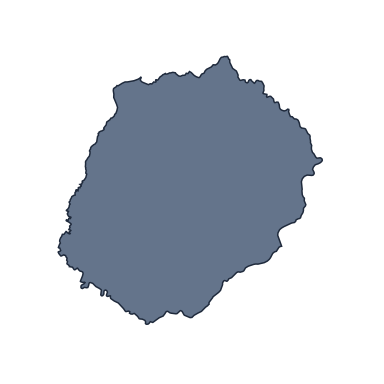 Taminango, Nariño, Colombia (Albers equal-area conic projection), rotated 199°
{"feature_id": "7082276B60716782034360", "entity_name": "Taminango", "entity_type": "district", "adm_level": 2, "iso_a3": "COL", "parent_name": "Colombia", "parent_adm1": "Nariño", "projection": "albers", "projection_center": [-77.317, 1.591], "detail": "fine", "context": "isolated", "style": "filled", "palette": "slate", "viewbox_px": 384, "rotation_deg": 199, "n_neighbors": 0, "source": "geoboundaries", "source_scale": "gbopen_adm2", "svg_char_len": 5957}
<svg xmlns="http://www.w3.org/2000/svg" viewBox="0 0 384 384"><g transform="rotate(199 192 192)"><path d="M190.4,52.9L189.8,53.9L189.2,55.8L186.6,55.9L182.0,62.5L178.9,65.3L178.0,68.1L177.6,70.1L176.7,71.1L175.4,71.2L174.0,70.6L172.4,70.6L167.5,71.6L166.5,72.2L164.5,75.9L164.0,76.2L162.5,75.9L159.5,73.2L158.9,73.0L152.9,72.6L151.2,73.4L149.9,76.1L147.0,79.4L144.2,82.2L141.7,87.5L140.1,89.7L139.8,90.7L139.3,91.5L139.8,92.5L139.9,93.2L138.1,98.8L138.0,99.8L134.1,105.8L133.0,108.3L132.9,114.2L133.5,116.1L133.1,118.2L132.2,119.0L130.3,118.9L129.7,119.2L129.2,120.3L129.0,121.8L126.7,123.9L123.5,130.5L122.4,131.5L120.3,131.9L118.1,133.4L117.3,134.5L116.7,137.7L114.6,140.2L109.9,143.8L108.2,144.7L106.1,145.3L100.7,148.7L98.3,151.2L97.0,153.5L96.4,155.4L95.7,160.2L94.5,162.2L92.9,163.4L91.8,168.0L91.0,169.0L89.6,169.9L96.9,179.0L97.4,181.4L96.9,184.9L95.6,187.1L93.8,189.2L87.7,195.1L85.1,196.6L84.4,198.3L84.6,199.2L84.1,200.0L82.9,201.2L81.6,202.0L81.0,203.0L81.1,205.4L80.4,208.6L80.6,210.8L81.1,212.2L81.2,213.2L80.2,215.8L80.3,217.2L83.0,220.2L83.7,222.7L85.4,223.7L86.9,225.4L88.5,229.1L88.7,230.4L91.9,237.3L92.0,240.4L90.9,243.3L89.1,245.1L88.3,245.6L84.0,246.7L82.9,247.5L82.5,248.8L82.6,249.7L83.4,250.8L85.4,252.7L85.3,255.3L84.3,257.9L81.8,259.8L80.2,261.5L79.3,263.1L79.1,264.3L79.7,265.5L81.1,266.1L81.9,266.1L84.5,264.8L85.2,264.7L86.5,265.4L89.2,267.8L91.0,268.7L93.0,271.3L93.7,273.4L94.0,275.0L96.0,277.1L96.5,278.8L98.0,281.4L98.5,283.2L99.2,284.1L101.5,285.0L105.1,288.5L106.1,288.7L109.3,288.2L110.7,288.8L111.3,289.3L113.1,292.3L114.7,294.1L115.7,294.7L117.4,294.9L119.0,294.4L121.7,295.8L123.5,295.4L125.1,297.1L126.8,299.4L127.0,300.9L127.4,301.6L128.5,301.5L129.6,299.8L131.3,298.6L133.9,298.6L135.3,299.0L136.5,300.0L138.0,303.0L139.7,304.9L141.0,304.7L142.6,303.5L143.2,303.5L144.1,304.4L145.2,306.4L148.7,308.1L149.7,307.8L151.9,306.0L152.6,306.6L152.7,308.2L153.0,308.7L155.7,308.3L156.8,308.3L157.1,308.7L157.1,311.6L157.8,313.1L158.4,315.8L160.4,317.9L162.2,319.3L164.6,318.7L165.8,319.0L167.0,318.6L167.5,317.9L168.0,315.8L168.5,315.1L172.3,316.7L172.8,317.4L173.1,317.4L174.0,317.0L174.6,316.0L174.7,313.9L175.5,313.1L177.2,313.3L178.4,315.1L180.2,314.8L182.4,313.3L183.1,313.3L186.0,315.6L186.5,317.6L189.4,320.8L193.8,322.1L198.5,326.9L199.3,329.2L199.7,329.5L200.5,329.6L202.1,331.4L203.0,331.8L203.7,331.1L205.7,330.6L206.3,329.9L208.1,328.9L208.8,327.1L209.2,323.7L209.7,321.7L211.1,319.8L213.4,319.2L214.4,316.6L218.2,312.7L219.1,310.6L219.2,308.8L219.5,308.1L221.1,306.8L221.6,305.4L221.8,303.7L222.5,302.5L223.4,302.3L225.6,302.4L227.9,302.9L231.6,304.7L233.6,305.1L234.4,302.6L236.1,302.4L236.5,300.5L237.4,299.8L238.7,299.4L240.7,297.6L242.5,297.4L245.7,298.6L246.5,299.3L249.1,298.9L251.2,297.5L252.0,297.3L253.2,296.0L254.5,295.2L255.2,295.0L255.8,295.4L256.8,294.2L257.7,293.5L258.4,292.1L259.7,290.4L260.6,287.1L261.0,286.6L262.4,286.5L262.8,286.2L262.8,285.8L262.1,285.1L262.0,284.3L262.6,283.8L264.0,283.6L265.1,281.1L266.7,280.8L268.2,279.3L274.9,279.7L277.1,280.7L277.4,281.5L277.3,283.5L277.4,283.8L277.8,283.9L278.5,282.5L279.7,281.1L283.1,278.3L289.0,275.0L291.1,274.3L293.4,272.1L296.4,268.4L297.6,268.2L297.9,266.9L299.7,264.5L299.8,263.8L299.4,262.1L297.7,259.0L296.8,255.9L291.9,250.4L289.9,247.7L289.5,244.5L289.6,241.5L290.3,240.4L290.3,238.4L290.8,237.4L291.7,236.0L292.7,235.5L293.2,233.5L295.4,230.4L295.0,227.5L296.2,224.1L296.1,223.3L295.6,223.0L295.6,222.2L297.0,220.5L298.2,219.7L299.4,218.3L299.2,217.6L299.8,216.8L298.9,215.2L299.4,213.8L298.4,208.3L299.4,205.6L300.3,204.8L301.9,202.2L302.2,200.6L301.9,199.5L302.3,198.3L302.3,197.4L301.6,197.0L301.0,195.2L300.7,192.6L301.7,189.9L301.9,188.3L302.4,187.2L302.5,185.8L301.8,184.1L301.0,181.0L300.3,180.3L300.1,179.2L299.1,178.0L298.6,175.3L297.4,174.7L297.1,171.0L297.9,168.1L299.3,166.6L299.3,166.3L298.6,165.7L298.9,165.0L298.9,163.6L300.4,162.7L298.9,162.1L298.7,161.5L299.5,160.5L299.3,159.6L300.8,159.3L300.9,158.7L300.3,157.6L300.6,157.1L300.1,156.1L300.7,155.9L301.5,156.6L302.2,156.4L302.3,155.2L301.8,154.7L302.3,153.9L302.4,153.1L301.5,151.1L302.5,150.5L304.1,148.6L304.2,146.4L304.6,145.3L304.3,143.7L304.9,142.7L304.7,142.1L303.3,140.9L303.7,139.6L303.4,138.5L303.4,137.2L303.8,135.6L304.8,133.8L304.7,133.5L304.2,133.4L302.5,133.5L302.6,133.0L302.9,132.9L302.5,132.0L302.8,130.7L301.3,129.2L300.6,128.8L298.4,128.8L298.2,128.6L298.4,127.3L299.5,127.3L299.9,127.0L299.8,125.1L300.1,124.9L301.4,125.0L301.7,124.6L301.7,124.1L301.3,123.8L298.9,123.5L296.1,122.6L295.7,121.9L296.6,120.0L296.4,119.4L295.8,118.8L296.2,116.3L294.4,116.4L294.0,116.1L295.2,114.0L294.9,113.6L293.7,113.2L293.9,112.6L294.7,112.5L296.5,112.9L297.8,113.7L298.2,113.7L299.2,110.5L299.6,110.1L300.8,109.8L300.8,107.5L301.3,105.9L301.4,103.8L301.2,102.5L299.8,100.8L300.2,99.7L300.3,96.0L300.0,95.8L298.7,95.9L297.1,93.9L297.4,93.1L298.9,92.0L298.9,91.5L297.8,90.4L295.3,88.8L294.7,89.0L292.7,90.9L292.1,90.6L290.9,90.8L289.8,89.5L288.6,88.8L288.3,86.7L287.1,85.8L286.9,83.5L286.3,83.1L284.9,82.8L284.5,82.4L283.6,82.0L283.6,81.5L280.5,82.0L278.3,80.3L277.7,80.2L277.1,80.6L275.8,82.6L275.3,82.7L274.1,81.7L272.3,80.8L270.3,80.9L269.2,80.6L268.4,79.3L268.2,76.8L268.5,71.2L268.3,71.0L267.1,70.9L265.8,71.0L264.2,71.7L263.6,71.5L264.2,70.1L266.1,68.0L266.3,67.5L266.1,65.9L265.3,65.0L264.1,65.1L262.7,66.8L260.3,67.2L259.4,67.8L259.3,69.7L259.6,72.1L259.4,72.8L258.6,73.3L256.1,73.3L252.1,71.3L248.3,70.7L246.2,70.1L245.7,69.5L244.8,65.2L244.3,64.6L243.7,64.4L242.8,64.8L242.2,66.1L242.2,67.1L242.9,69.1L242.8,70.2L242.0,71.1L241.0,71.1L240.0,70.6L239.4,69.8L239.3,66.5L238.9,65.9L237.7,65.8L235.8,67.1L235.3,67.2L234.7,65.5L234.1,64.8L230.0,63.6L225.6,63.1L218.7,59.4L216.3,57.6L215.5,57.4L213.3,58.7L212.3,58.7L211.8,58.5L211.7,57.1L210.0,56.7L208.5,57.2L207.4,58.2L206.9,58.4L202.9,56.7L200.7,55.0L200.0,55.0L197.5,55.6L194.8,55.3L193.6,54.2L193.2,52.5L192.7,52.2L191.7,52.2L190.4,52.9Z" fill="#64748b" stroke="#1e293b" stroke-width="1.5"/></g></svg>